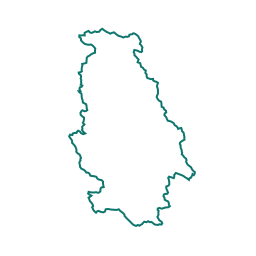 Santa Maria de Jetibá, Espírito Santo, Brazil (Equal Earth projection), rotated 111°
{"feature_id": "56859067B73059385087419", "entity_name": "Santa Maria de Jetibá", "entity_type": "district", "adm_level": 2, "iso_a3": "BRA", "parent_name": "Brazil", "parent_adm1": "Espírito Santo", "projection": "equal_earth", "projection_center": [-40.809, -20.084], "detail": "fine", "context": "isolated", "style": "outline", "palette": "teal", "viewbox_px": 256, "rotation_deg": 111, "n_neighbors": 0, "source": "geoboundaries", "source_scale": "gbopen_adm2", "svg_char_len": 4506}
<svg xmlns="http://www.w3.org/2000/svg" viewBox="0 0 256 256"><g transform="rotate(111 128 128)"><path d="M51.5,199.6L52.5,200.6L53.6,201.7L54.8,202.6L56.0,202.1L57.1,201.6L57.5,203.2L58.5,205.0L58.9,206.6L60.4,206.2L61.3,204.0L63.1,203.2L64.2,200.8L65.0,198.6L64.8,196.4L64.3,194.2L63.3,192.5L63.7,190.6L64.8,188.3L65.6,187.0L66.8,186.8L68.0,186.4L69.6,185.8L70.7,187.3L72.4,188.8L74.4,190.0L75.8,191.3L77.4,191.6L79.8,190.9L82.0,190.2L83.2,191.6L84.7,193.8L86.2,192.9L88.0,192.8L90.2,192.2L91.6,191.4L92.8,192.3L93.9,193.9L95.1,193.0L95.6,191.0L97.0,190.1L98.9,189.9L100.0,188.7L101.3,188.6L102.9,187.6L104.5,187.7L104.8,185.8L106.0,186.0L107.3,187.5L109.1,187.3L110.5,185.7L111.3,187.3L112.1,186.1L112.5,184.0L113.8,183.1L115.1,182.6L116.6,181.8L118.0,180.6L119.2,179.8L120.4,179.3L120.6,177.4L120.8,175.6L122.3,174.6L124.4,173.6L126.0,172.4L127.3,173.4L128.0,174.8L127.8,176.9L129.1,177.6L131.1,177.8L132.7,176.8L133.4,175.2L134.0,172.8L135.8,172.2L138.0,171.8L139.3,172.0L140.4,169.9L141.8,170.8L143.5,171.2L145.1,170.2L146.3,170.3L147.7,168.2L148.4,166.0L149.8,167.6L149.6,170.0L148.7,171.3L148.4,173.6L149.7,174.3L151.1,174.3L151.8,176.2L152.9,177.6L154.5,177.4L155.0,179.7L156.8,180.0L158.1,178.3L159.1,176.6L160.3,175.4L161.9,174.9L162.6,173.2L163.6,171.4L164.5,170.2L165.8,169.1L167.1,168.1L168.7,167.8L169.7,165.9L170.2,163.5L171.5,162.3L172.9,161.1L174.1,161.4L175.3,160.7L177.0,161.1L178.4,160.7L179.9,159.6L181.6,158.7L182.7,156.9L182.8,154.5L183.5,152.4L184.6,150.9L184.0,149.5L184.4,147.6L186.0,146.2L185.7,144.3L185.2,142.5L184.9,140.1L186.2,138.5L186.6,136.8L186.1,134.0L187.0,132.1L188.4,131.6L190.1,130.7L191.9,129.5L192.9,131.4L194.1,131.9L195.7,131.6L196.9,131.1L198.2,131.6L199.2,132.6L199.4,134.9L200.4,136.6L201.4,139.5L201.7,141.9L203.5,141.7L204.1,139.6L204.3,137.9L205.5,138.6L207.1,139.9L208.3,138.7L209.9,137.4L211.0,135.1L212.2,133.5L213.5,132.5L214.8,133.1L216.1,131.8L217.0,130.9L217.8,129.5L218.5,127.5L217.0,127.0L215.9,125.8L216.1,123.1L215.5,120.7L214.2,119.6L211.9,119.7L210.7,117.5L210.3,115.0L209.7,112.9L209.2,111.3L208.5,109.1L207.2,107.5L208.3,105.3L208.9,102.9L209.8,100.6L211.3,99.7L212.8,96.9L213.8,94.4L214.9,91.9L215.8,90.0L216.5,88.1L216.5,85.3L215.0,84.1L215.1,82.3L213.8,81.4L212.7,80.4L211.0,79.9L209.7,79.2L209.3,76.9L207.8,75.8L208.1,73.8L207.3,72.5L207.7,70.9L208.5,68.7L208.2,66.9L207.6,65.0L206.6,64.2L206.2,62.2L204.8,61.8L203.5,63.1L202.9,65.7L201.6,67.3L200.5,68.7L198.9,68.4L197.5,68.7L196.1,69.4L194.4,69.7L193.7,71.1L192.5,71.3L191.4,70.2L191.2,67.6L190.1,66.1L189.0,64.9L188.3,63.5L187.5,61.9L186.0,60.9L185.0,62.3L183.1,63.2L182.2,64.3L182.1,66.2L181.8,68.1L180.3,68.7L178.9,70.5L177.3,70.7L176.1,69.6L175.6,68.0L174.1,67.4L172.7,68.6L171.7,69.7L170.5,70.7L168.9,71.3L167.1,69.4L165.6,69.3L163.6,70.2L161.4,71.5L160.2,72.6L158.7,72.2L158.5,69.6L158.4,67.3L157.1,67.3L155.3,68.0L152.8,67.2L152.8,61.5L152.9,59.1L153.5,57.2L153.7,55.5L154.6,52.5L153.0,52.6L151.8,51.4L150.4,51.3L149.1,51.0L147.9,51.2L148.4,49.7L146.7,49.4L145.2,49.8L144.6,51.7L143.6,53.5L142.1,55.0L141.4,57.3L140.8,59.2L139.6,60.7L138.6,61.7L137.1,61.8L135.9,62.7L135.1,65.0L133.9,66.9L133.3,68.4L131.8,68.5L130.6,69.4L129.3,70.1L128.2,71.1L126.8,72.2L125.2,72.7L124.3,74.0L123.0,74.1L121.6,73.5L120.1,72.3L118.7,71.1L117.1,71.9L115.9,72.2L114.5,73.2L113.3,73.8L112.3,74.7L111.6,76.4L110.1,77.3L108.9,78.3L109.9,79.9L110.9,80.8L109.6,82.1L108.9,83.7L108.6,85.5L107.2,86.9L106.6,89.3L106.6,91.2L106.9,93.5L105.7,94.9L104.4,96.0L103.7,97.3L102.7,98.8L101.1,98.9L99.8,97.9L98.3,98.7L97.5,101.2L96.2,102.0L96.2,104.1L94.7,104.9L93.2,105.5L91.6,106.5L91.4,108.6L90.5,110.5L88.9,112.3L87.2,112.5L85.3,112.3L83.5,113.0L81.8,113.7L80.4,114.5L79.1,115.7L77.9,116.1L76.7,116.1L75.1,116.2L74.7,117.9L74.9,119.5L74.6,121.5L73.2,122.2L74.2,124.2L74.3,126.0L74.4,127.9L73.2,129.1L71.4,129.7L70.2,131.6L68.0,132.0L67.6,134.1L66.5,135.6L66.1,137.8L64.9,138.6L63.1,139.8L63.2,142.6L61.5,142.6L60.2,142.7L59.6,144.2L58.5,146.1L57.8,148.0L56.3,148.6L55.1,149.9L52.9,150.0L52.4,146.9L52.7,144.6L52.3,142.7L51.1,142.3L49.6,143.2L47.6,143.4L46.0,145.4L45.3,147.1L44.0,147.1L42.8,146.9L41.8,147.7L40.9,148.8L39.7,150.3L38.6,151.4L38.1,152.9L37.5,155.1L37.7,157.1L38.9,157.6L39.6,158.9L40.4,160.1L42.0,159.9L43.2,161.4L43.6,163.2L45.2,164.8L45.1,167.5L45.4,169.9L44.6,172.7L43.7,175.3L44.9,177.0L46.3,178.4L46.0,180.4L46.0,182.2L45.3,185.4L44.6,187.6L46.5,188.9L48.4,189.4L49.6,191.5L49.6,193.5L51.2,194.9L52.4,196.3L52.3,198.2L51.5,199.6Z" fill="none" stroke="#0f766e" stroke-width="2"/></g></svg>